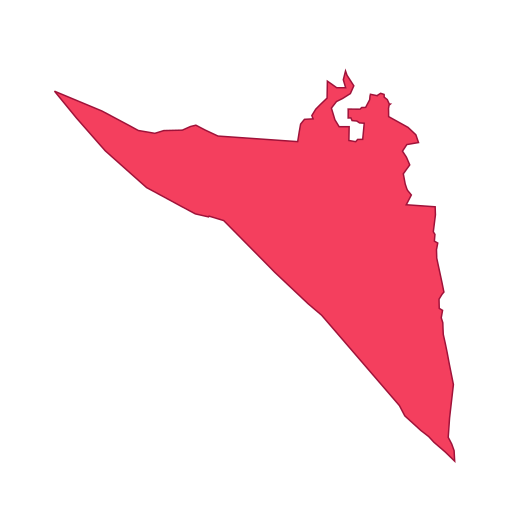 the district of Bayramaly, Mary, Turkmenistan, rotated 184°
{"feature_id": "10190150B73073283057167", "entity_name": "Bayramaly", "entity_type": "district", "adm_level": 2, "iso_a3": "TKM", "parent_name": "Turkmenistan", "parent_adm1": "Mary", "projection": "robinson", "projection_center": [62.199, 38.282], "detail": "fine", "context": "isolated", "style": "filled", "palette": "rose", "viewbox_px": 512, "rotation_deg": 184, "n_neighbors": 0, "source": "geoboundaries", "source_scale": "gbopen_adm2", "svg_char_len": 2212}
<svg xmlns="http://www.w3.org/2000/svg" viewBox="0 0 512 512"><g transform="rotate(184 256 256)"><path d="M133.0,416.9L133.3,416.8L133.6,416.8L135.7,420.7L136.0,421.2L139.2,423.4L139.4,425.5L139.5,426.1L143.0,427.0L146.4,424.5L146.4,424.4L153.1,425.3L153.1,425.2L153.4,423.7L153.5,419.8L157.0,411.9L158.5,411.7L160.9,411.5L161.1,411.3L162.4,409.8L162.5,409.7L174.2,409.0L174.3,409.0L174.1,406.6L173.7,400.1L171.0,400.4L170.1,398.7L169.6,397.8L164.9,397.7L162.0,396.0L157.3,396.0L157.7,379.8L162.7,379.4L164.5,377.0L171.4,377.7L172.1,391.5L182.1,390.8L186.8,397.4L191.1,408.8L186.5,415.7L181.4,418.7L180.7,419.1L173.2,424.6L170.3,432.6L177.8,442.6L179.6,446.8L181.2,437.9L178.3,430.1L187.3,429.5L192.6,432.8L197.0,435.4L196.1,418.5L202.2,411.8L206.6,406.7L210.1,400.0L208.6,396.8L217.2,395.7L220.7,390.7L221.5,383.1L222.4,373.0L236.9,373.0L258.8,373.0L281.7,373.0L302.3,373.0L315.5,378.1L325.1,382.3L330.4,380.6L338.3,376.4L356.7,374.7L365.5,371.3L370.1,371.8L382.2,373.0L391.1,377.1L419.8,389.9L467.2,405.9L468.5,406.4L467.6,405.4L444.7,381.1L422.2,358.8L422.0,358.6L413.7,350.4L391.3,333.1L391.2,333.0L383.0,326.7L369.9,316.6L365.0,314.4L334.4,300.5L319.5,293.8L306.1,291.7L305.6,292.5L290.7,289.1L244.2,248.2L236.2,241.1L200.8,212.1L186.4,201.5L102.5,116.8L96.4,106.9L79.3,93.4L71.1,87.9L65.5,82.6L53.7,73.8L43.5,65.2L43.6,65.9L44.8,75.6L46.6,79.7L47.6,82.0L49.3,84.8L51.6,88.5L51.6,107.9L50.1,141.5L55.6,161.6L58.6,173.1L61.0,181.7L63.7,190.8L64.4,196.7L65.0,202.5L66.8,207.0L66.9,207.3L66.1,214.8L68.1,215.8L69.5,216.5L69.6,217.0L70.4,225.7L67.8,230.7L66.0,233.2L66.2,233.7L66.3,234.0L68.6,242.4L75.6,266.6L75.7,268.0L76.4,274.9L76.4,275.5L76.3,275.8L75.6,281.6L77.5,282.5L79.1,283.3L79.0,290.0L80.8,292.5L80.8,292.9L79.9,309.1L79.9,310.1L80.0,310.7L80.7,317.6L86.9,317.6L109.7,317.6L109.2,318.7L105.3,327.7L108.9,331.5L109.7,332.5L110.4,333.9L111.1,335.6L112.2,338.3L112.8,340.6L114.2,346.0L114.8,348.3L114.7,348.4L111.5,353.6L109.4,356.9L109.0,357.6L112.6,364.6L113.1,365.4L117.2,370.8L113.3,377.7L101.8,380.5L105.0,388.1L107.8,390.4L113.3,394.9L133.4,404.3L133.9,410.3L134.1,412.5L133.9,414.3L133.8,415.8L133.1,416.4L132.6,416.9L133.0,416.9Z" fill="#f43f5e" stroke="#9f1239" stroke-width="1.5"/></g></svg>